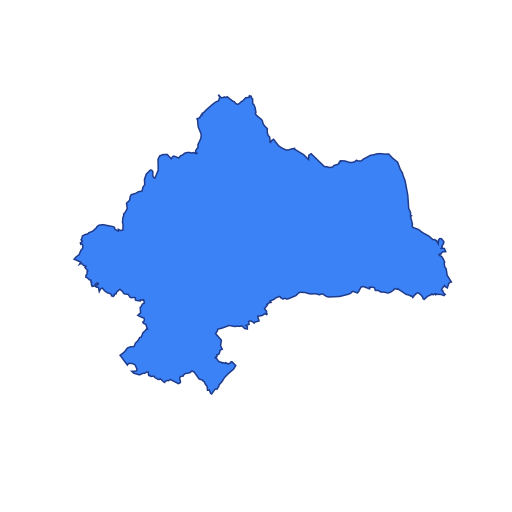 Copalnic-Manastur, Maramures, Romania, rotated 51°
{"feature_id": "2599482B86990390318638", "entity_name": "Copalnic-Manastur", "entity_type": "district", "adm_level": 2, "iso_a3": "ROU", "parent_name": "Romania", "parent_adm1": "Maramures", "projection": "equal_earth", "projection_center": [23.692, 47.516], "detail": "fine", "context": "isolated", "style": "filled", "palette": "blue", "viewbox_px": 512, "rotation_deg": 51, "n_neighbors": 0, "source": "geoboundaries", "source_scale": "gbopen_adm2", "svg_char_len": 6159}
<svg xmlns="http://www.w3.org/2000/svg" viewBox="0 0 512 512"><g transform="rotate(51 256 256)"><path d="M267.4,425.1L270.1,424.8L275.1,421.3L276.0,417.7L277.1,416.4L277.4,414.0L278.2,412.8L281.2,414.5L281.8,414.4L281.9,413.7L283.5,413.5L285.1,410.9L286.5,411.1L290.4,409.7L291.2,408.7L291.3,407.6L296.6,406.8L296.6,403.7L297.9,402.3L297.9,400.4L306.4,396.6L306.8,394.7L306.1,393.7L303.5,392.7L302.4,391.6L302.4,389.9L303.5,388.1L302.8,387.0L302.8,385.3L305.2,380.5L304.9,378.2L307.4,377.1L315.9,377.6L318.9,375.6L319.6,375.9L321.0,375.3L324.0,376.1L326.6,376.0L329.8,378.2L330.8,376.6L334.1,377.7L335.3,377.3L333.7,371.7L335.0,369.8L334.0,367.9L334.1,367.2L332.9,365.7L332.3,361.7L330.6,356.9L330.0,351.3L329.8,344.6L328.4,340.7L323.1,341.2L322.5,341.9L323.1,343.4L322.5,344.7L322.5,345.8L320.8,346.1L319.7,346.9L320.1,347.6L318.1,348.7L318.0,349.6L316.5,349.9L315.7,350.9L313.7,351.4L310.6,351.1L309.8,351.8L309.0,351.1L309.6,349.7L308.1,348.5L308.8,347.4L308.7,346.0L306.6,343.0L307.2,340.9L303.4,340.0L299.6,335.9L290.8,336.2L290.0,333.3L288.8,331.5L290.5,328.3L293.1,320.6L297.8,316.5L298.3,315.2L300.2,313.2L301.5,310.9L305.3,310.4L307.3,308.7L305.6,307.3L303.6,307.5L304.8,304.4L302.3,303.0L302.7,301.3L305.3,299.9L307.0,299.7L306.7,298.4L308.4,294.5L303.9,292.6L306.1,288.7L306.5,285.2L308.3,284.6L307.9,283.8L306.9,283.9L305.6,282.5L302.3,282.6L301.2,277.8L300.6,277.9L300.5,277.4L300.5,275.7L301.5,273.5L299.8,273.5L301.1,269.1L300.9,267.2L302.4,262.9L304.3,263.0L306.2,262.3L307.3,259.8L308.8,259.3L309.7,257.5L311.9,249.9L311.5,246.1L312.1,244.3L315.9,240.2L318.0,239.1L320.1,237.1L323.2,233.0L325.9,231.3L327.1,228.2L331.9,226.6L333.7,225.2L340.2,216.3L344.1,207.7L344.5,205.6L344.2,203.4L345.3,202.3L348.6,200.4L348.0,198.0L346.3,194.3L347.1,191.9L353.0,188.4L352.6,187.7L351.7,187.4L354.0,184.7L355.2,183.9L357.9,184.9L359.9,182.5L362.6,181.7L364.6,179.2L367.7,176.9L368.6,174.9L368.9,173.0L369.0,170.1L368.6,168.7L371.2,166.8L370.9,166.4L380.5,163.4L382.3,161.9L384.5,161.0L384.9,160.2L386.9,160.3L386.6,158.6L386.1,158.3L386.3,156.1L385.9,155.5L386.6,153.1L390.2,152.3L392.7,152.4L394.5,153.0L395.6,152.6L395.3,148.0L396.3,144.1L396.1,143.1L397.6,142.8L398.0,140.7L399.2,140.7L398.7,139.8L399.9,139.2L402.3,136.4L405.1,134.8L404.9,133.2L402.1,133.5L400.7,132.7L399.2,133.2L398.3,131.5L397.6,128.1L398.7,128.3L401.2,127.4L398.7,123.6L398.5,122.0L399.1,120.5L391.3,119.6L385.7,116.3L383.0,116.1L380.2,114.4L379.6,113.3L376.5,112.4L373.7,112.1L372.5,112.2L371.8,112.9L370.1,112.9L370.9,110.9L370.3,109.9L370.3,108.3L372.0,105.8L368.7,104.9L366.7,107.0L366.7,106.0L365.6,105.6L364.1,102.0L363.1,101.0L359.2,101.0L358.1,102.2L358.4,104.0L361.2,106.7L357.6,106.0L357.2,106.6L355.7,106.7L354.7,108.2L349.4,109.1L342.5,111.9L337.7,113.0L332.4,116.2L330.5,115.5L329.8,114.4L322.6,111.1L322.6,109.9L321.6,110.3L319.6,108.6L315.0,107.3L304.3,99.8L291.2,92.7L285.1,90.8L284.2,90.1L279.6,89.4L272.2,86.9L265.8,88.3L260.2,88.7L257.8,91.9L254.7,94.9L252.6,97.9L251.2,101.3L249.8,103.6L248.3,111.5L248.3,114.5L246.7,116.6L244.8,117.7L244.8,120.2L243.5,123.0L241.4,125.0L238.3,126.9L235.1,130.4L235.1,130.9L235.9,131.2L235.5,132.4L236.1,133.0L236.3,134.7L234.7,138.5L235.1,141.0L232.8,143.8L231.3,144.7L229.5,146.6L211.2,148.8L211.0,151.6L214.1,154.5L207.3,155.2L197.3,158.8L196.7,158.3L195.3,160.6L194.1,164.0L192.4,166.0L188.2,168.0L184.5,169.1L176.3,168.9L176.1,171.0L176.9,173.1L176.6,173.5L172.1,170.5L169.9,170.7L166.9,169.4L164.2,167.1L159.9,167.5L156.7,167.0L155.7,166.2L153.6,165.8L146.6,167.2L144.6,166.7L144.4,165.7L140.1,163.3L137.0,162.4L135.6,162.7L131.8,159.8L130.8,160.1L128.8,159.2L128.1,160.2L127.5,160.0L127.4,160.7L128.4,161.5L126.5,164.5L127.2,168.7L126.7,170.1L127.0,171.6L126.8,174.7L124.7,175.9L122.6,175.7L121.0,176.6L114.0,178.2L114.0,179.6L112.3,180.6L112.4,181.5L111.3,183.4L106.9,183.8L109.7,184.2L111.8,187.3L111.0,190.3L110.8,194.7L111.1,202.5L111.6,206.6L111.2,208.2L112.6,208.8L111.9,210.1L112.6,211.0L112.8,212.9L113.2,213.0L112.3,215.6L113.3,215.7L119.2,219.6L126.4,221.8L127.9,222.8L130.0,225.0L132.9,231.0L135.5,233.1L135.4,234.6L136.3,236.8L137.3,237.4L138.9,237.2L138.7,238.3L136.4,239.3L135.7,241.0L133.2,243.0L132.2,244.6L131.2,246.8L131.3,249.9L130.6,251.3L131.2,254.3L126.7,256.9L126.3,258.2L127.1,260.7L121.2,261.1L118.6,264.5L117.6,267.8L119.2,271.3L127.7,277.9L131.8,285.3L131.2,285.9L129.5,286.0L127.6,285.0L126.0,283.3L124.6,283.0L123.5,283.2L122.7,284.1L123.3,289.8L126.3,294.5L130.5,297.6L131.5,300.8L133.8,303.6L132.0,307.1L131.7,309.8L129.8,314.4L130.7,316.4L133.2,319.3L133.4,322.9L133.7,323.6L138.0,326.1L139.9,330.5L140.0,332.3L141.8,333.9L142.2,335.1L145.9,338.6L147.7,339.4L152.1,343.1L150.7,345.5L148.6,346.2L149.9,347.4L146.5,348.8L144.7,348.0L143.4,348.5L135.4,355.1L133.2,358.7L133.1,361.3L133.7,362.5L133.9,367.4L132.7,371.5L133.0,372.7L131.8,375.2L131.2,378.4L132.8,380.3L133.3,381.8L135.1,381.6L135.5,382.6L135.2,384.2L136.8,384.8L137.3,383.6L138.9,384.0L141.0,385.9L141.3,388.3L143.7,392.8L143.5,396.2L144.0,399.4L150.5,396.0L151.4,398.3L151.6,397.1L153.3,395.7L154.6,396.1L157.3,394.1L156.9,394.9L157.2,396.1L161.7,396.1L162.0,397.3L163.6,398.5L164.2,400.6L165.6,401.6L166.6,400.8L169.6,400.5L171.0,399.4L172.2,400.7L173.0,400.4L174.4,401.8L176.5,402.5L178.0,399.9L177.4,399.7L176.8,398.0L177.3,395.8L178.7,396.3L178.2,399.9L179.8,399.7L180.5,398.7L181.4,398.3L185.0,400.2L183.7,397.3L184.3,395.6L187.5,395.6L190.9,394.7L193.9,392.8L194.9,392.7L195.9,393.4L197.6,392.4L197.5,391.0L196.5,390.2L197.4,388.7L196.3,386.8L196.2,382.7L199.8,382.1L202.3,382.3L205.6,379.4L208.8,379.9L209.8,379.3L211.6,376.7L212.6,376.1L214.2,377.4L215.0,377.1L218.1,374.3L217.3,373.4L218.8,372.2L219.1,370.9L219.8,371.0L222.2,372.3L221.9,374.5L223.2,377.5L223.1,378.4L227.5,381.4L227.7,385.2L231.8,383.4L233.6,382.1L235.1,382.7L236.2,384.0L236.1,385.5L237.3,385.8L240.0,384.7L244.5,386.4L243.8,387.1L244.4,389.4L244.4,391.9L246.8,396.2L246.2,397.6L247.4,400.7L247.9,404.7L249.5,407.4L248.9,409.2L247.5,410.7L246.6,413.8L247.8,419.1L247.6,424.1L259.8,424.6L259.3,423.0L260.2,421.3L262.4,419.3L264.8,418.5L268.9,419.7L269.8,420.5L269.9,421.9L267.4,425.1Z" fill="#3b82f6" stroke="#1e3a8a" stroke-width="1.5"/></g></svg>